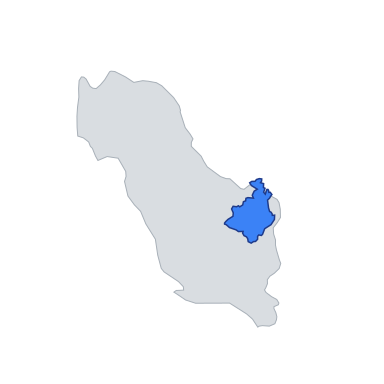 Kuçovë, Korçë, Albania shown in context, rotated 329°
{"feature_id": "67620474B90792074310011", "entity_name": "Kuçovë", "entity_type": "district", "adm_level": 2, "iso_a3": "ALB", "parent_name": "Albania", "parent_adm1": "Korçë", "projection": "equal_earth", "projection_center": [20.706, 40.677], "detail": "fine", "context": "in_parent", "style": "filled", "palette": "blue", "viewbox_px": 384, "rotation_deg": 329, "n_neighbors": 0, "source": "geoboundaries", "source_scale": "gbopen_adm2", "svg_char_len": 2427}
<svg xmlns="http://www.w3.org/2000/svg" viewBox="0 0 384 384"><g transform="rotate(329 192 192)"><path d="M127.6,116.5L127.8,111.4L129.1,103.3L128.4,100.6L129.2,95.9L126.8,89.7L122.9,85.2L126.8,77.4L132.4,67.8L137.6,60.3L143.9,52.4L148.1,44.9L152.6,38.4L156.5,36.4L158.4,37.8L159.4,40.6L159.1,49.0L160.4,51.9L163.1,54.0L168.7,53.0L174.9,50.9L183.3,46.5L184.8,46.7L187.9,49.0L194.3,59.2L198.6,68.1L207.1,71.2L211.8,74.7L217.8,80.0L220.8,85.4L224.9,101.7L225.4,111.6L224.2,116.1L223.1,117.2L219.3,133.4L220.2,141.6L220.2,147.0L217.0,149.1L214.9,152.5L218.3,166.0L217.9,171.7L218.0,178.3L224.3,193.4L228.0,198.0L231.3,200.2L235.5,214.1L238.0,216.5L248.3,215.2L253.3,216.7L255.3,220.0L255.7,222.3L255.1,230.1L257.6,236.1L261.1,242.2L261.1,246.0L258.8,252.2L254.7,259.4L249.2,262.2L243.2,264.5L240.3,270.1L238.9,276.1L236.2,280.5L234.5,285.3L231.9,295.3L231.3,298.9L227.3,302.5L220.9,304.0L215.3,304.3L211.4,306.0L209.5,309.4L205.9,312.1L203.7,313.3L203.7,316.3L206.3,322.7L209.3,327.8L209.3,331.9L207.9,333.1L203.2,332.5L202.2,334.1L201.7,338.7L200.5,342.6L198.6,345.0L195.2,347.6L189.2,346.8L183.5,342.8L180.5,341.6L178.8,341.7L178.4,332.1L176.0,324.6L167.0,306.6L137.8,289.2L130.9,281.3L127.9,274.7L124.9,268.5L127.8,268.3L130.7,269.9L134.3,271.8L135.8,268.7L134.3,261.9L126.9,246.1L126.3,241.7L130.1,228.5L136.3,213.6L136.0,195.6L138.0,182.1L136.0,173.3L135.0,162.5L139.6,148.2L143.5,144.7L145.8,140.2L146.1,125.0L137.5,117.9L127.6,116.5Z" fill="#d9dde1" stroke="#a8b0b8" stroke-width="1"/><path d="M217.2,226.9L216.6,231.2L214.6,233.9L208.8,234.0L207.1,234.4L205.7,234.7L203.9,235.4L203.4,236.3L204.5,237.6L205.8,241.8L210.3,247.2L211.4,249.8L215.5,252.1L214.2,253.3L214.1,256.2L215.6,258.5L215.7,260.7L214.6,263.5L216.4,266.3L219.2,266.2L221.0,267.1L223.9,266.3L225.4,263.8L227.1,263.2L229.1,265.0L230.7,264.6L235.4,260.9L242.9,260.7L248.5,258.0L250.9,254.4L248.8,253.4L249.4,252.2L249.4,250.1L248.5,248.7L249.4,245.1L252.6,237.8L255.1,237.3L257.3,236.1L259.2,235.3L258.9,232.5L257.7,231.9L258.5,229.9L258.4,228.9L257.5,228.4L253.7,231.6L253.3,229.0L256.5,226.4L255.5,225.0L257.7,221.7L255.5,219.3L257.3,218.5L258.5,216.7L256.6,215.2L253.7,214.5L251.5,215.3L248.7,213.7L246.2,213.8L246.2,217.0L249.4,223.2L245.7,223.3L242.0,225.8L241.5,228.9L237.0,225.6L235.0,225.2L233.4,227.2L231.1,226.8L228.8,229.2L225.3,229.3L224.7,227.7L222.6,227.6L219.9,225.4L217.2,226.9Z" fill="#3b82f6" stroke="#1e3a8a" stroke-width="1.5"/></g></svg>